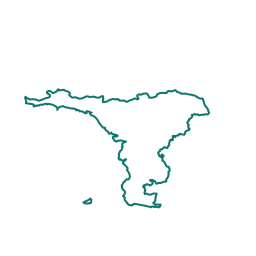 outline of Osa, Puntarenas, Costa Rica, rotated 326°
{"feature_id": "36466004B23652443238408", "entity_name": "Osa", "entity_type": "district", "adm_level": 2, "iso_a3": "CRI", "parent_name": "Costa Rica", "parent_adm1": "Puntarenas", "projection": "orthographic", "projection_center": [-83.568, 8.892], "detail": "fine", "context": "isolated", "style": "outline", "palette": "teal", "viewbox_px": 256, "rotation_deg": 326, "n_neighbors": 0, "source": "geoboundaries", "source_scale": "gbopen_adm2", "svg_char_len": 5899}
<svg xmlns="http://www.w3.org/2000/svg" viewBox="0 0 256 256"><g transform="rotate(326 128 128)"><path d="M142.0,170.9L141.6,169.7L141.3,169.6L141.4,169.2L141.1,168.9L140.0,169.6L140.1,170.0L139.8,170.4L139.1,170.4L138.7,169.9L138.3,168.2L138.8,166.6L139.1,166.4L139.0,165.6L139.7,165.0L141.7,164.9L142.1,164.3L142.9,163.9L144.5,164.6L147.0,164.2L147.2,164.5L148.0,164.6L148.6,165.9L149.2,166.5L149.6,166.5L150.8,165.8L151.2,165.4L152.6,165.3L153.2,163.9L154.8,162.9L155.5,161.7L156.0,161.7L156.6,162.1L157.3,161.8L157.7,162.8L158.4,162.9L158.5,162.1L159.3,161.9L159.8,161.1L160.6,160.8L160.4,159.9L160.6,159.8L161.6,160.0L161.9,160.8L161.9,161.6L162.1,161.8L163.1,161.3L164.2,161.6L165.6,162.4L166.2,162.3L166.4,161.7L167.8,161.9L168.6,163.0L170.8,164.9L172.2,164.6L172.6,163.8L173.1,163.4L174.1,163.1L175.9,163.3L177.7,163.8L178.0,163.3L178.3,163.3L178.5,162.8L178.1,162.3L178.9,160.0L179.3,159.7L179.7,159.8L180.1,159.3L180.0,158.1L180.2,156.6L181.0,156.1L182.5,156.0L183.3,154.9L184.1,154.8L184.6,155.1L187.4,154.6L188.0,154.1L188.3,153.0L189.6,153.5L191.1,153.7L191.9,155.0L193.3,155.6L193.9,157.1L197.3,158.6L198.1,159.4L199.8,159.7L201.4,161.2L202.1,161.3L202.7,161.2L203.9,160.4L204.1,158.4L204.6,157.8L204.8,155.4L204.5,154.8L204.7,153.9L204.4,153.1L204.5,151.4L205.6,148.4L205.8,147.0L206.4,146.0L206.0,145.1L204.7,144.3L203.6,143.0L201.4,138.3L199.9,137.0L199.6,136.3L196.0,133.0L195.5,132.1L192.0,129.8L191.0,128.9L190.5,127.3L189.0,125.9L188.6,123.7L188.3,123.0L184.8,122.2L183.8,121.4L183.3,120.7L181.9,119.8L179.3,120.5L176.3,118.2L174.6,117.2L173.5,116.8L171.0,116.4L169.3,117.6L165.3,116.6L162.6,114.7L163.0,113.2L163.1,110.7L162.8,109.9L161.2,108.7L158.9,107.9L157.3,107.7L156.3,106.6L155.4,106.1L154.1,106.1L153.4,106.6L153.3,108.9L152.9,109.7L151.7,109.4L150.9,108.1L149.7,107.1L147.5,106.9L146.3,106.4L141.8,105.7L141.3,105.3L140.1,103.0L138.3,102.0L136.3,100.4L136.4,99.5L135.7,99.0L135.3,97.9L133.4,97.3L132.2,95.8L130.9,95.2L129.4,94.9L128.5,94.4L126.4,94.4L124.5,94.0L123.5,93.4L122.6,93.3L122.1,92.9L121.8,92.3L122.0,91.5L123.8,90.3L123.8,89.4L125.0,88.0L124.8,87.3L123.0,86.8L121.2,86.7L120.0,86.2L118.1,84.1L117.5,83.1L113.4,80.7L112.2,79.1L110.4,78.3L109.2,78.2L106.1,77.6L103.9,76.4L101.9,73.4L98.8,71.6L97.9,69.1L97.8,67.7L98.9,67.2L99.3,66.2L98.6,64.3L96.6,61.5L96.2,60.4L92.5,58.7L91.7,56.9L91.0,56.9L90.6,57.7L89.2,57.7L86.6,57.5L85.2,57.0L84.3,54.2L83.9,53.6L82.7,52.7L81.0,52.9L80.5,53.5L80.4,54.0L80.6,54.6L81.3,55.4L81.6,57.4L81.0,58.1L79.9,58.4L78.8,58.3L76.8,57.3L73.3,56.7L71.4,56.0L70.1,55.9L69.1,55.3L67.1,52.4L64.9,50.7L62.6,49.5L61.5,47.9L60.5,45.0L59.7,45.2L58.6,48.9L57.3,50.4L62.4,55.1L62.8,55.9L62.8,57.0L62.1,57.1L62.4,57.8L63.4,57.5L64.4,58.5L65.2,58.4L66.6,59.6L67.7,59.4L68.8,60.0L69.2,60.0L70.3,61.1L72.7,61.5L73.6,62.1L74.0,63.2L75.0,63.1L75.6,63.6L78.1,66.0L80.4,69.9L80.4,71.6L80.2,72.5L79.8,73.3L80.1,73.3L80.8,72.6L82.3,72.3L84.5,72.7L86.6,73.8L86.9,74.6L88.0,76.3L89.1,76.9L89.9,77.8L90.0,78.2L92.6,80.7L93.9,81.3L94.1,82.0L95.4,83.5L95.0,84.4L95.5,84.8L96.2,84.8L96.8,85.3L97.2,86.0L97.2,87.2L98.3,87.7L99.3,88.6L100.3,90.9L101.1,92.2L102.1,92.3L102.1,91.3L103.0,91.0L104.5,92.3L105.6,93.7L106.0,94.6L104.7,94.5L104.4,94.9L104.4,95.4L104.7,96.8L106.5,99.7L107.1,102.2L107.2,105.0L106.9,107.4L107.1,110.6L107.5,113.5L108.1,114.5L109.0,114.9L108.4,116.3L108.4,117.3L109.5,120.2L108.9,121.4L109.6,122.6L111.6,122.6L111.5,123.8L111.8,124.4L114.5,127.3L115.0,128.2L115.0,128.6L113.7,128.5L112.6,128.2L111.7,127.2L111.1,126.9L110.4,127.1L109.8,127.8L109.9,131.5L110.5,132.7L111.6,132.6L115.3,134.3L117.4,137.1L118.6,137.8L118.6,138.1L117.4,138.1L116.1,137.6L114.7,137.7L114.0,138.4L113.6,139.7L113.1,140.2L112.9,140.0L112.5,140.1L112.4,141.2L109.9,142.7L108.5,142.7L108.1,142.9L107.5,143.6L106.3,144.0L104.7,146.4L103.1,147.9L103.1,149.2L103.5,149.8L104.1,149.6L105.3,152.2L106.3,152.6L107.9,152.2L108.7,152.9L108.0,153.3L105.6,153.2L104.8,154.1L104.2,154.1L104.1,154.4L104.0,155.2L104.3,155.6L104.9,157.5L105.3,160.7L105.1,161.3L103.9,162.0L103.7,162.4L103.7,165.4L103.4,167.0L102.5,169.2L101.5,170.1L100.3,170.7L99.2,170.8L98.4,169.8L97.6,169.8L95.4,170.6L94.8,170.3L93.9,170.5L92.6,171.4L91.9,171.5L91.4,171.9L90.8,172.0L90.5,172.4L90.4,173.4L89.6,173.8L89.5,174.3L89.6,175.6L89.4,175.8L89.3,176.4L89.9,177.9L89.8,179.6L88.7,180.3L88.1,181.0L86.1,181.5L85.8,181.9L86.0,182.5L86.4,182.7L86.5,183.9L85.4,184.8L85.0,186.5L85.4,188.8L85.2,189.6L85.5,190.1L85.3,190.9L85.9,192.4L88.1,194.4L88.7,194.3L89.1,194.0L89.7,194.5L91.0,194.4L98.8,202.1L102.9,206.6L103.6,206.4L104.5,206.8L104.8,207.4L105.1,207.4L105.8,208.1L106.4,208.2L106.4,208.7L108.1,209.7L109.0,211.0L110.8,210.9L112.0,210.0L112.1,209.7L110.3,208.8L109.9,207.9L108.0,207.0L107.5,206.4L107.1,204.5L107.7,204.4L107.7,204.2L108.6,204.4L108.9,203.9L110.1,203.4L110.3,202.8L110.8,202.5L111.3,201.7L112.3,201.0L113.0,199.9L114.6,199.1L114.8,198.3L114.5,197.9L112.6,196.7L111.1,196.1L109.4,195.9L108.2,195.1L106.7,192.8L105.1,192.0L105.6,190.6L106.2,190.4L107.2,189.2L107.8,189.0L108.1,186.6L107.7,186.0L108.0,185.5L108.0,184.9L108.8,184.5L109.5,184.5L109.7,185.3L111.8,184.9L112.5,185.3L113.0,186.3L113.7,186.9L114.0,187.8L114.6,188.0L116.5,188.0L117.5,187.7L118.0,186.9L118.0,185.7L117.2,184.3L117.1,183.7L117.7,183.7L119.1,184.7L120.6,187.5L120.3,189.4L120.6,190.3L122.0,190.4L124.4,191.9L127.7,192.6L128.7,193.0L129.2,193.6L129.9,193.6L131.1,191.8L131.8,191.8L134.1,190.8L135.1,189.6L135.6,189.4L136.1,188.9L136.0,188.6L136.9,187.0L138.3,186.9L139.7,185.0L139.6,184.3L140.0,183.7L140.0,183.2L139.8,182.7L139.0,182.2L138.7,181.6L138.6,179.1L139.0,177.8L139.1,176.3L138.6,175.4L138.3,174.3L138.9,174.0L139.1,173.1L139.4,172.7L139.4,171.8L140.7,171.6L142.0,170.9ZM51.4,165.1L49.6,164.8L49.6,165.3L50.2,166.3L51.8,167.8L52.8,168.0L53.5,168.9L54.4,168.8L55.0,169.3L55.7,169.1L57.5,166.9L57.4,165.6L54.1,165.5L52.4,165.0L51.4,165.1Z" fill="none" stroke="#0f766e" stroke-width="2"/></g></svg>